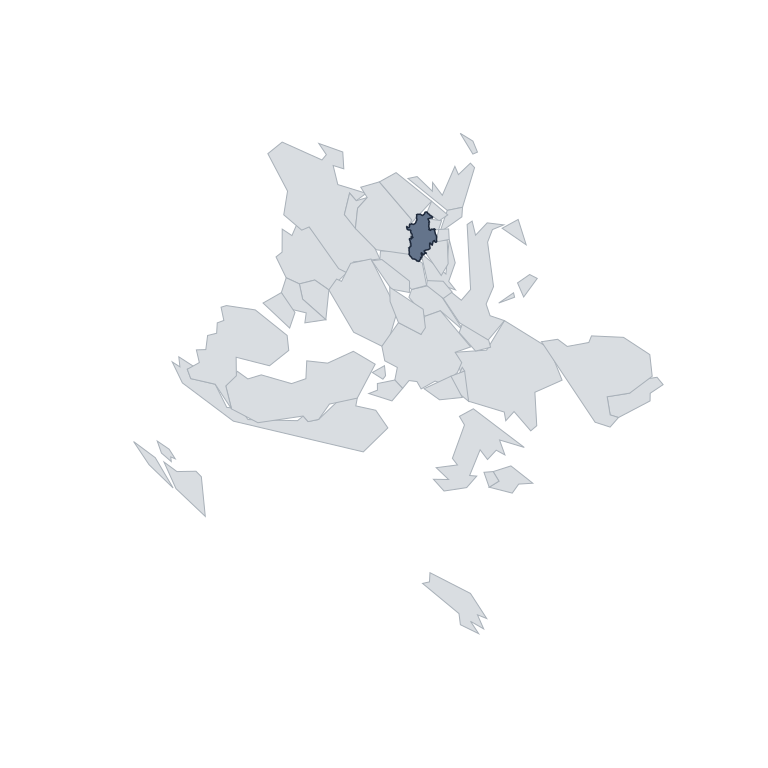 Republic of Serbia highlighted on a map of Europe, rotated 228°
{"feature_id": "SRB", "entity_name": "Republic of Serbia", "entity_type": "country or territory", "adm_level": 0, "iso_a3": "SRB", "parent_name": "Europe", "parent_adm1": "", "projection": "robinson", "projection_center": [20.755, 44.206], "detail": "medium", "context": "in_parent", "style": "filled", "palette": "slate", "viewbox_px": 768, "rotation_deg": 228, "n_neighbors": 37, "source": "natural_earth", "source_scale": "50m", "svg_char_len": 9266}
<svg xmlns="http://www.w3.org/2000/svg" viewBox="0 0 768 768"><g transform="rotate(228 384 384)"><path d="M405.2,162.6L445.4,159.4L473.2,168.3L457.5,171.5L445.0,185.9L437.3,186.2L405.2,162.6ZM541.5,249.7L524.1,254.4L526.6,247.7L517.3,244.0L496.8,258.4L471.8,251.5L462.0,260.7L448.6,259.1L414.6,295.2L414.3,302.5L406.9,302.4L401.4,311.7L402.3,341.7L391.4,354.7L386.6,348.4L370.0,360.3L348.8,357.5L347.4,323.2L457.2,247.2L519.7,234.9L542.1,241.4L533.3,243.8L541.5,249.7ZM508.8,159.4L482.3,164.7L447.8,157.7L481.3,155.4L508.8,159.4ZM493.3,177.3L479.3,180.7L468.1,178.8L472.5,176.7L468.7,174.0L481.6,172.4L493.3,177.3Z" fill="#d9dde1" stroke="#a8b0b8" stroke-width="1"/><path d="M314.6,435.3L360.0,458.1L340.5,482.9L350.5,515.9L299.7,530.7L267.7,518.9L276.9,490.6L250.8,469.6L251.0,461.7L276.5,462.2L275.2,449.9L282.7,454.6L314.6,435.3ZM361.1,539.1L367.4,523.4L365.1,541.3L361.1,539.1Z" fill="#d9dde1" stroke="#a8b0b8" stroke-width="1"/><path d="M391.4,354.7L405.6,330.0L401.4,311.7L406.9,302.4L414.3,302.5L439.6,264.4L467.5,254.0L488.4,265.1L491.5,283.5L478.9,286.2L472.9,298.9L446.2,315.5L440.2,329.5L452.9,342.1L437.2,356.1L428.8,383.1L404.6,390.7L391.4,354.7Z" fill="#d9dde1" stroke="#a8b0b8" stroke-width="1"/><path d="M528.4,382.4L550.7,388.8L550.2,396.5L567.2,412.0L555.9,414.9L560.6,425.2L550.8,433.5L491.6,430.8L490.8,406.0L507.6,402.1L515.0,388.1L528.4,382.4Z" fill="#d9dde1" stroke="#a8b0b8" stroke-width="1"/><path d="M593.0,494.6L606.4,496.5L584.0,508.6L570.8,498.1L580.4,492.4L563.1,483.1L537.7,498.3L538.8,486.0L548.9,486.2L536.4,467.9L503.8,472.0L479.7,464.6L495.2,443.0L491.6,430.8L500.1,427.5L550.8,433.5L553.4,425.8L576.8,422.7L591.9,441.4L632.9,451.8L631.9,470.2L592.0,487.8L593.0,494.6Z" fill="#d9dde1" stroke="#a8b0b8" stroke-width="1"/><path d="M490.8,406.0L493.7,419.0L488.7,421.1L496.0,440.0L485.6,458.0L429.5,443.0L412.8,415.9L413.5,407.7L442.7,396.1L490.8,406.0Z" fill="#d9dde1" stroke="#a8b0b8" stroke-width="1"/><path d="M435.8,467.8L427.1,483.4L415.1,486.1L370.7,478.8L400.7,474.9L407.0,459.6L431.8,460.6L435.8,467.8Z" fill="#d9dde1" stroke="#a8b0b8" stroke-width="1"/><path d="M479.7,464.6L485.2,470.4L470.6,487.4L448.2,493.4L428.8,481.6L435.8,467.8L479.7,464.6Z" fill="#d9dde1" stroke="#a8b0b8" stroke-width="1"/><path d="M518.7,466.8L536.4,467.9L548.9,486.2L538.8,486.0L533.8,496.3L532.3,482.0L518.7,466.8Z" fill="#d9dde1" stroke="#a8b0b8" stroke-width="1"/><path d="M533.8,496.3L545.8,498.4L537.3,515.8L487.7,514.5L463.6,489.4L488.9,468.1L518.7,466.8L532.3,482.0L533.8,496.3Z" fill="#d9dde1" stroke="#a8b0b8" stroke-width="1"/><path d="M515.0,388.1L507.6,402.1L490.8,406.0L470.7,383.8L501.5,380.3L515.0,388.1Z" fill="#d9dde1" stroke="#a8b0b8" stroke-width="1"/><path d="M520.6,368.9L528.4,382.4L515.0,388.1L501.5,380.3L470.7,383.8L482.4,366.1L488.9,373.8L503.4,363.8L520.6,368.9Z" fill="#d9dde1" stroke="#a8b0b8" stroke-width="1"/><path d="M525.1,348.3L520.6,368.9L496.7,365.7L488.7,351.3L525.1,348.3Z" fill="#d9dde1" stroke="#a8b0b8" stroke-width="1"/><path d="M413.5,407.7L419.9,435.8L396.1,444.7L407.0,459.6L400.7,474.9L353.6,473.2L360.0,458.1L347.9,456.1L343.4,446.1L344.5,427.9L352.0,423.9L355.5,408.3L363.8,410.1L369.8,404.9L368.3,394.9L379.7,394.7L387.4,405.0L400.7,400.1L413.5,407.7Z" fill="#d9dde1" stroke="#a8b0b8" stroke-width="1"/><path d="M485.1,510.0L487.7,514.5L537.3,515.8L533.0,534.4L488.0,541.7L485.1,510.0Z" fill="#d9dde1" stroke="#a8b0b8" stroke-width="1"/><path d="M519.3,608.4L505.0,612.6L493.8,608.6L495.4,603.9L519.3,608.4ZM470.7,547.2L520.7,539.3L516.0,547.4L494.9,548.9L501.3,555.0L485.2,553.6L498.3,582.3L489.8,579.4L490.3,596.0L484.2,596.1L462.8,560.6L470.7,547.2Z" fill="#d9dde1" stroke="#a8b0b8" stroke-width="1"/><path d="M470.7,547.2L462.8,560.6L456.1,553.7L459.3,526.9L470.7,547.2Z" fill="#d9dde1" stroke="#a8b0b8" stroke-width="1"/><path d="M431.9,485.3L456.3,499.0L424.3,503.6L447.8,529.2L426.4,518.0L417.0,500.8L406.1,500.1L431.9,485.3Z" fill="#d9dde1" stroke="#a8b0b8" stroke-width="1"/><path d="M371.9,474.3L377.9,485.5L350.6,493.2L340.0,487.8L347.2,474.1L371.9,474.3Z" fill="#d9dde1" stroke="#a8b0b8" stroke-width="1"/><path d="M341.1,446.5L344.0,453.3L339.7,452.6L341.1,446.5Z" fill="#d9dde1" stroke="#a8b0b8" stroke-width="1"/><path d="M345.0,439.0L339.7,452.6L314.6,435.3L335.7,431.9L345.0,439.0Z" fill="#d9dde1" stroke="#a8b0b8" stroke-width="1"/><path d="M353.7,410.6L345.0,439.0L321.6,433.2L335.1,414.7L353.7,410.6Z" fill="#d9dde1" stroke="#a8b0b8" stroke-width="1"/><path d="M202.2,535.8L209.7,531.4L225.2,541.3L212.8,560.5L215.3,577.7L206.3,591.4L196.8,591.0L199.0,575.6L193.4,570.4L202.2,535.8Z" fill="#d9dde1" stroke="#a8b0b8" stroke-width="1"/><path d="M210.3,588.5L212.8,560.5L225.2,541.3L209.7,531.4L202.2,535.8L200.7,523.2L214.3,515.3L310.1,529.3L301.0,543.0L289.3,545.3L277.8,564.0L280.9,570.4L258.4,593.2L228.0,601.2L210.3,588.5Z" fill="#d9dde1" stroke="#a8b0b8" stroke-width="1"/><path d="M245.9,406.5L238.2,423.5L210.7,428.2L219.5,417.1L217.1,406.3L236.9,393.1L234.9,404.4L245.9,406.5Z" fill="#d9dde1" stroke="#a8b0b8" stroke-width="1"/><path d="M378.9,481.1L407.9,485.3L408.7,495.2L394.5,497.5L396.3,511.6L446.9,552.5L446.1,558.5L433.3,551.6L434.7,568.5L422.1,579.5L426.2,567.9L420.1,555.9L383.1,530.6L375.1,513.4L363.8,508.5L350.5,515.9L347.0,490.9L378.9,481.1ZM392.3,582.8L420.7,576.0L416.5,593.8L392.3,582.8ZM355.2,546.0L369.8,550.9L367.9,565.5L359.9,568.5L355.2,546.0Z" fill="#d9dde1" stroke="#a8b0b8" stroke-width="1"/><path d="M379.7,394.7L368.3,394.9L366.1,378.6L387.1,366.3L383.8,375.0L388.8,379.4L379.7,394.7ZM400.4,383.0L397.3,396.6L389.1,390.7L388.3,386.4L400.4,383.0Z" fill="#d9dde1" stroke="#a8b0b8" stroke-width="1"/><path d="M245.9,406.5L234.9,404.4L236.9,393.1L251.5,399.2L245.9,406.5ZM270.8,411.4L258.7,386.4L253.5,391.3L251.7,376.1L264.3,357.0L280.1,357.0L269.8,368.1L286.9,366.8L274.7,384.4L283.0,385.1L299.7,416.4L309.5,418.4L305.8,433.8L243.0,445.8L265.1,432.4L250.4,426.4L259.7,423.1L258.6,410.4L270.8,411.4Z" fill="#d9dde1" stroke="#a8b0b8" stroke-width="1"/><path d="M210.0,279.2L206.5,285.4L213.0,291.9L170.5,308.1L141.0,303.4L149.9,299.0L135.3,294.2L149.8,289.5L135.1,287.3L154.0,279.7L163.2,286.1L210.0,279.2Z" fill="#d9dde1" stroke="#a8b0b8" stroke-width="1"/><path d="M407.9,485.3L428.8,481.6L431.9,485.3L420.8,496.7L406.7,496.2L407.9,485.3Z" fill="#d9dde1" stroke="#a8b0b8" stroke-width="1"/><path d="M526.6,247.7L523.5,261.1L534.9,267.4L528.8,274.6L538.1,285.4L533.7,293.6L541.0,301.0L538.4,307.5L550.1,314.3L547.7,319.4L525.2,337.9L484.9,344.5L472.7,335.7L474.2,311.1L502.8,292.0L488.9,279.8L488.4,265.1L467.5,254.0L496.8,258.4L517.3,244.0L526.6,247.7Z" fill="#d9dde1" stroke="#a8b0b8" stroke-width="1"/><path d="M483.7,457.4L477.9,465.7L443.3,471.8L435.0,464.1L449.5,453.0L483.7,457.4Z" fill="#d9dde1" stroke="#a8b0b8" stroke-width="1"/><path d="M419.9,435.8L441.2,443.7L452.1,453.0L413.3,463.1L398.1,452.4L396.1,444.7L419.9,435.8Z" fill="#d9dde1" stroke="#a8b0b8" stroke-width="1"/><path d="M448.8,527.4L430.4,512.1L426.3,499.1L456.1,503.1L456.8,517.3L448.8,527.4Z" fill="#d9dde1" stroke="#a8b0b8" stroke-width="1"/><path d="M482.8,531.0L488.0,541.7L467.0,544.5L468.4,533.9L482.8,531.0Z" fill="#d9dde1" stroke="#a8b0b8" stroke-width="1"/><path d="M462.2,528.0L456.0,535.8L447.8,529.2L454.7,517.8L462.2,528.0Z" fill="#d9dde1" stroke="#a8b0b8" stroke-width="1"/><path d="M466.8,536.1L462.2,528.0L467.2,521.1L477.4,527.0L466.8,536.1Z" fill="#d9dde1" stroke="#a8b0b8" stroke-width="1"/><path d="M473.6,503.5L475.1,503.9L475.7,504.3L476.1,504.8L477.0,505.1L478.5,505.3L479.5,505.8L480.1,506.6L481.0,506.4L482.3,505.1L483.6,504.8L485.6,505.9L485.7,506.3L484.1,506.6L483.7,507.2L483.6,507.8L484.0,508.4L485.0,509.1L485.5,510.0L484.8,510.4L484.6,511.7L483.0,512.5L482.5,514.1L482.6,515.0L482.8,515.8L483.5,516.9L483.7,517.8L484.2,518.5L486.1,519.6L487.0,520.8L488.0,521.5L487.7,522.5L486.5,523.7L485.6,524.8L484.3,524.9L483.5,525.3L483.3,525.8L483.5,526.3L483.3,527.6L483.6,528.5L484.1,529.2L484.1,529.7L483.2,530.9L482.5,531.0L481.5,530.6L479.9,531.1L478.5,531.0L477.1,531.6L475.5,531.8L475.1,530.9L475.9,530.2L477.0,528.0L477.2,527.1L474.0,526.2L474.1,525.4L472.6,524.5L472.5,524.0L471.0,522.5L469.1,521.6L468.7,520.7L467.1,521.3L467.0,521.6L467.4,522.4L467.1,523.2L465.8,524.0L465.7,524.4L465.9,524.9L465.8,525.1L464.7,525.4L464.6,524.7L464.0,524.2L461.1,522.6L459.7,522.3L458.2,521.6L456.4,519.8L454.7,518.6L454.5,517.7L455.0,517.1L456.0,517.0L456.8,517.4L457.2,516.5L457.1,515.8L455.0,512.9L455.5,512.6L457.7,512.7L458.0,512.4L458.0,512.1L455.8,510.1L454.2,509.2L453.9,508.6L454.2,506.8L455.4,504.9L455.8,504.0L456.0,502.9L455.0,502.5L453.0,503.0L452.9,502.7L453.6,502.4L453.8,501.9L453.5,500.1L454.1,500.0L454.1,499.5L454.7,499.8L455.6,499.8L456.3,499.7L456.4,499.3L455.8,498.7L453.8,498.0L453.0,497.3L453.0,496.6L453.5,496.0L452.6,495.6L452.2,495.1L452.5,494.5L451.6,492.6L452.1,492.2L452.2,491.5L453.1,491.2L453.6,490.7L454.8,490.9L455.4,490.7L456.7,490.1L457.6,489.1L458.4,488.9L460.4,489.2L461.2,489.0L463.6,489.4L464.9,491.0L466.8,492.2L467.9,493.6L468.5,493.5L468.4,495.1L468.6,495.8L468.5,496.4L468.7,496.5L470.7,498.1L471.8,498.4L472.4,499.0L474.2,499.5L474.8,500.0L474.8,500.3L474.3,500.8L474.2,501.2L473.6,501.5L473.8,501.9L475.1,502.5L475.0,502.9L473.6,503.1L473.6,503.5Z" fill="#64748b" stroke="#1e293b" stroke-width="1.5"/></g></svg>